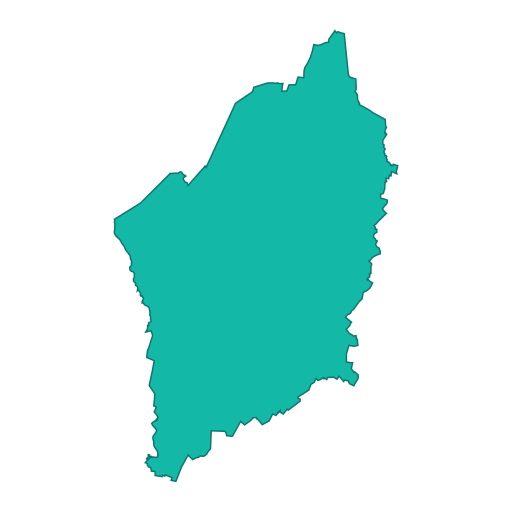 the district of Chimá, Córdoba, Colombia
{"feature_id": "7082276B67782051899776", "entity_name": "Chimá", "entity_type": "district", "adm_level": 2, "iso_a3": "COL", "parent_name": "Colombia", "parent_adm1": "Córdoba", "projection": "natural_earth1", "projection_center": [-75.666, 9.111], "detail": "fine", "context": "isolated", "style": "filled", "palette": "teal", "viewbox_px": 512, "rotation_deg": 0, "n_neighbors": 0, "source": "geoboundaries", "source_scale": "gbopen_adm2", "svg_char_len": 6080}
<svg xmlns="http://www.w3.org/2000/svg" viewBox="0 0 512 512"><path d="M337.9,31.7L336.7,32.9L334.8,30.7L333.8,32.5L332.3,34.3L330.3,37.4L329.1,38.8L328.7,40.5L328.5,42.3L326.3,42.5L324.7,43.0L320.4,44.9L318.3,45.3L316.5,45.2L313.9,44.5L312.2,51.7L310.5,57.0L307.7,63.0L304.9,67.5L304.1,70.4L303.8,77.7L298.0,77.1L295.7,84.7L289.0,84.9L286.9,90.9L281.7,91.3L282.8,83.4L281.5,83.6L279.5,83.6L277.8,83.0L277.1,82.9L275.4,83.3L273.3,83.0L269.4,82.9L266.8,83.2L253.8,87.3L252.6,91.7L235.6,103.2L206.2,167.3L205.2,166.0L187.9,185.6L187.2,183.1L186.3,182.4L185.0,182.0L183.5,179.6L183.2,178.9L183.3,177.9L183.5,177.6L185.6,176.4L185.8,176.2L185.7,175.9L184.9,175.3L183.1,174.5L181.9,172.6L181.2,171.9L180.1,171.9L177.7,173.3L175.0,173.2L170.0,173.5L169.0,174.7L140.6,203.0L114.4,219.3L114.7,220.3L114.5,222.6L115.0,224.6L114.7,226.2L114.9,227.5L114.3,232.0L114.5,233.5L116.1,236.2L118.3,238.1L120.5,240.5L121.8,243.2L123.1,244.8L124.2,246.5L125.5,249.6L126.6,251.3L128.1,252.9L129.0,254.4L129.9,255.3L130.3,256.6L130.4,258.5L130.8,259.7L131.4,260.4L131.6,261.5L131.4,263.0L131.5,264.9L131.0,265.8L129.8,267.2L129.6,267.9L130.2,270.4L131.4,271.3L133.3,271.9L134.3,273.4L134.4,276.6L134.2,277.4L133.4,279.2L133.6,281.2L134.6,282.3L135.0,282.3L135.4,283.2L135.8,283.4L135.7,284.2L135.4,284.7L135.4,285.2L137.1,286.3L137.6,287.1L137.7,289.1L137.4,290.6L137.9,290.1L138.6,289.9L138.9,290.9L139.8,291.9L140.5,293.2L140.3,294.9L140.6,296.0L141.1,296.1L141.6,295.7L142.1,295.8L142.4,296.2L142.5,297.3L143.6,298.5L142.1,301.5L142.1,302.6L142.7,302.0L142.7,302.6L145.1,305.2L147.3,306.1L148.8,307.3L149.2,308.0L149.9,312.2L150.0,313.7L149.8,315.0L150.4,316.2L150.6,317.0L150.6,319.4L151.1,320.7L150.7,321.9L149.8,322.4L149.0,322.5L148.6,323.0L148.6,324.6L148.8,325.6L147.8,325.7L147.8,325.4L147.6,325.4L147.6,328.2L147.1,329.8L146.5,330.6L145.7,332.1L150.9,330.7L152.5,334.7L152.5,336.2L151.2,340.1L148.9,347.4L147.4,351.0L146.7,357.5L154.2,360.6L152.4,370.7L149.2,385.5L154.6,393.5L154.6,397.1L153.8,405.9L156.3,407.1L155.3,409.4L155.1,410.2L154.2,411.8L158.1,417.0L157.7,417.7L157.3,419.4L157.5,419.7L157.0,420.0L156.4,419.3L156.0,419.8L156.1,420.8L154.9,421.0L153.1,422.1L151.7,423.4L152.4,425.0L154.5,427.5L155.2,428.0L155.3,428.7L156.5,429.8L156.6,430.7L156.4,431.3L154.9,433.9L153.9,435.1L153.1,436.3L152.9,438.5L153.6,441.2L153.8,444.6L154.3,446.7L156.0,449.1L157.3,451.2L157.7,452.7L157.9,454.3L157.7,456.5L156.7,457.3L156.2,457.4L153.5,457.1L153.4,457.4L152.5,457.3L151.9,457.1L152.0,456.7L151.5,456.4L149.4,456.2L149.3,454.7L148.3,454.6L148.3,457.2L146.9,458.3L146.5,458.9L147.2,459.3L149.3,457.2L149.4,456.9L150.3,457.1L150.3,457.5L150.5,457.7L149.2,458.5L146.8,460.8L145.3,462.7L146.4,463.0L147.6,464.1L147.3,465.1L148.9,467.2L150.8,467.7L151.4,471.2L154.8,471.3L155.3,473.5L155.1,475.5L162.0,476.6L162.4,475.4L164.8,476.1L165.2,474.9L172.1,477.6L171.1,480.3L175.9,481.3L181.6,466.8L188.1,455.1L192.8,459.6L196.3,457.7L198.4,457.4L200.0,456.2L201.0,456.0L203.1,456.3L204.1,456.0L205.2,455.5L206.7,454.1L208.0,451.7L210.5,448.8L211.2,430.8L225.0,431.3L226.0,432.9L226.7,435.7L232.4,436.3L240.6,421.4L244.6,424.9L250.9,420.3L253.0,417.8L256.5,417.6L256.7,418.8L258.5,420.1L259.4,421.0L262.2,424.7L269.2,420.9L272.6,414.0L275.9,415.4L278.4,412.7L278.0,412.4L280.1,410.5L280.0,412.1L283.3,414.0L287.1,409.1L288.2,410.2L300.1,401.1L300.1,399.1L299.1,398.8L298.2,398.2L297.8,397.7L297.8,397.1L308.8,390.1L311.0,384.3L313.9,382.6L316.0,378.6L317.9,380.4L319.6,379.9L323.7,377.6L324.0,378.7L324.5,378.2L326.8,379.5L327.4,377.6L329.8,377.3L333.6,377.2L337.0,379.2L339.1,376.2L343.6,381.5L344.6,380.1L348.4,380.8L348.6,381.9L349.6,383.7L353.8,385.8L354.9,383.6L358.0,378.7L358.2,377.7L358.2,375.0L354.7,371.9L354.1,372.4L351.3,368.8L352.6,362.7L350.8,362.7L346.4,362.0L346.4,353.8L348.9,345.4L354.0,346.3L357.9,345.4L357.2,339.3L356.4,339.3L356.0,335.6L353.6,336.1L351.7,334.7L350.7,334.1L349.5,333.7L346.3,329.3L349.9,325.5L350.0,324.5L350.4,323.7L351.5,322.2L345.4,317.3L347.9,314.4L349.3,314.1L350.7,312.9L351.6,310.9L352.6,309.9L353.1,309.7L354.4,308.2L358.7,302.2L362.1,298.7L363.2,292.4L366.8,290.7L370.2,287.8L372.6,282.9L370.6,281.8L369.4,280.9L368.2,279.4L367.3,280.0L367.0,279.5L367.2,279.1L367.1,278.8L367.2,278.6L369.5,277.0L369.8,276.1L369.6,275.5L369.9,274.5L369.4,274.5L369.3,274.0L370.2,273.9L370.5,273.1L370.9,273.2L370.9,266.7L371.4,265.4L371.7,264.1L371.3,263.3L370.0,262.2L369.0,260.8L370.1,260.3L372.4,257.5L374.1,256.3L376.9,255.0L380.3,253.7L380.1,252.6L380.2,251.1L379.6,250.0L379.3,248.5L379.0,248.1L376.9,246.8L376.5,246.3L375.6,244.5L375.6,244.0L376.9,241.9L377.1,241.4L377.0,240.7L376.1,240.9L375.7,239.6L375.0,238.5L373.4,237.2L374.3,233.6L376.8,232.4L376.8,229.3L375.3,229.2L375.3,227.6L375.0,226.9L374.0,225.5L376.0,224.0L378.4,221.2L386.4,213.3L384.9,212.1L382.4,209.1L384.5,206.0L386.7,203.8L387.3,202.0L387.3,200.1L383.7,198.8L381.2,198.5L380.7,198.2L380.6,193.9L382.9,193.7L383.5,193.0L384.2,190.1L384.7,189.2L385.0,182.2L386.0,182.0L386.3,180.8L386.5,180.9L386.4,180.5L385.8,180.4L386.0,178.2L388.7,178.7L389.1,176.2L389.5,175.2L390.9,176.0L391.3,174.2L391.6,171.5L396.8,173.8L396.3,171.7L396.4,171.1L397.4,167.7L397.7,165.6L397.3,165.4L396.3,165.4L394.9,164.7L394.0,164.9L393.6,164.2L393.4,164.2L392.3,165.6L391.9,165.7L391.4,165.1L390.9,165.4L390.6,165.3L390.6,164.4L389.0,162.3L388.2,161.9L387.3,161.8L386.9,161.5L387.1,159.4L386.1,158.0L386.1,157.6L386.7,157.0L386.8,156.5L386.0,155.5L384.9,155.5L384.6,154.6L384.8,154.2L384.9,153.7L384.1,152.8L384.1,150.4L385.1,149.3L385.1,148.8L384.1,147.6L383.7,147.0L383.7,146.3L384.1,145.5L384.1,145.0L383.3,144.3L382.9,144.2L382.8,142.5L382.9,140.1L386.2,135.2L386.4,134.4L386.6,134.4L386.5,134.0L385.4,133.8L384.9,133.4L385.4,132.7L384.8,132.4L385.0,130.6L385.7,128.7L386.2,128.0L386.5,127.2L385.9,127.0L385.7,126.7L385.2,119.4L373.0,112.8L368.8,109.8L359.1,104.5L359.6,103.7L357.8,100.0L357.5,99.0L357.5,95.7L357.3,94.8L356.2,93.0L355.1,91.8L355.8,90.2L356.2,88.3L355.8,79.0L350.8,77.5L350.2,77.2L349.1,76.1L348.3,74.0L344.2,33.6L340.8,32.8L337.9,31.7Z" fill="#14b8a6" stroke="#0f766e" stroke-width="1.5"/></svg>